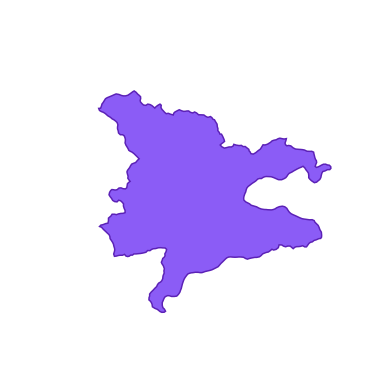 the district of Capelinha, Minas Gerais, Brazil, rotated 132°
{"feature_id": "56859067B52370069341142", "entity_name": "Capelinha", "entity_type": "district", "adm_level": 2, "iso_a3": "BRA", "parent_name": "Brazil", "parent_adm1": "Minas Gerais", "projection": "albers", "projection_center": [-42.499, -17.703], "detail": "fine", "context": "isolated", "style": "filled", "palette": "violet", "viewbox_px": 384, "rotation_deg": 132, "n_neighbors": 0, "source": "geoboundaries", "source_scale": "gbopen_adm2", "svg_char_len": 6069}
<svg xmlns="http://www.w3.org/2000/svg" viewBox="0 0 384 384"><g transform="rotate(132 192 192)"><path d="M279.5,237.6L278.7,235.6L279.0,233.5L279.1,231.7L279.1,229.9L279.2,227.5L279.2,225.1L280.0,223.3L281.5,221.6L282.0,219.4L282.4,217.8L283.2,215.7L284.6,213.7L285.6,212.0L286.7,210.7L288.2,209.8L290.5,208.7L291.7,206.6L290.2,205.3L288.4,204.2L287.1,203.1L285.6,201.4L283.5,200.4L283.8,198.2L283.0,196.6L281.7,195.7L280.0,195.4L278.7,194.0L276.9,193.7L275.5,192.2L273.5,190.4L272.1,189.1L270.0,187.5L267.6,185.9L265.2,185.8L263.7,184.0L261.7,183.6L260.2,182.9L258.3,181.1L256.1,179.8L254.4,178.1L253.0,176.2L251.6,174.5L251.6,172.5L253.6,171.4L256.1,170.8L257.4,169.4L259.1,169.0L260.9,169.3L263.1,168.3L264.7,167.8L265.4,166.3L266.0,164.0L267.5,161.2L269.4,160.1L270.9,158.4L273.3,157.6L274.6,156.8L275.9,155.8L278.0,155.1L279.9,155.1L281.9,155.8L283.7,155.7L286.0,155.0L288.5,155.2L291.0,155.2L293.8,155.4L296.2,155.2L297.6,153.9L299.3,153.2L301.0,151.8L301.0,149.8L301.4,148.2L302.2,146.5L303.8,144.6L303.3,141.7L302.4,139.3L302.3,137.5L302.2,135.6L301.6,133.9L299.9,132.2L298.3,131.9L297.5,134.2L297.4,136.3L296.1,138.3L294.1,140.1L292.0,140.8L290.1,141.5L288.4,141.9L286.8,141.5L285.2,140.7L284.2,139.3L283.3,137.3L281.5,135.3L279.6,133.7L277.8,133.6L276.2,133.7L274.5,134.0L272.4,134.9L270.9,135.4L268.7,136.6L266.6,137.7L264.5,138.6L262.5,139.4L260.3,139.9L257.2,140.2L255.6,140.2L254.1,139.5L252.6,138.5L251.3,137.3L249.4,135.8L247.5,133.6L246.5,132.0L245.2,130.6L242.1,128.9L238.1,126.1L236.4,125.1L234.2,124.2L230.0,122.6L225.6,122.7L223.3,122.5L219.3,122.3L217.7,122.1L215.9,121.3L214.5,120.0L213.3,118.4L211.7,116.4L210.1,114.8L208.8,113.6L207.3,111.8L206.0,110.0L205.6,107.8L204.8,105.9L203.2,105.0L201.6,103.9L198.7,101.7L197.2,100.1L195.0,98.5L192.9,98.1L190.8,98.1L189.0,97.3L187.1,96.3L185.5,95.1L183.3,94.6L181.1,94.3L180.5,92.5L178.4,91.1L175.6,90.6L173.0,91.9L171.3,89.9L171.0,87.8L170.1,85.8L168.0,84.6L166.5,82.8L166.4,78.9L164.1,78.6L162.6,77.7L161.2,76.2L159.8,75.0L157.9,73.8L157.3,71.4L156.1,70.2L152.0,70.7L150.1,70.3L148.5,69.2L146.4,68.9L144.4,67.7L141.8,66.5L140.4,65.3L138.9,65.5L137.3,66.8L135.3,69.0L134.4,71.8L133.3,73.8L132.4,75.9L132.2,80.4L131.5,82.1L132.2,84.2L133.9,85.9L134.8,87.2L136.0,89.0L137.1,90.6L138.2,92.4L139.1,94.9L140.3,98.9L141.2,101.6L141.8,103.7L141.9,106.0L141.4,108.4L140.7,110.6L140.9,113.2L142.1,115.4L144.5,117.3L147.0,118.5L149.0,119.0L150.7,119.9L152.3,121.1L153.4,122.5L154.4,123.7L155.3,125.0L156.7,126.7L158.2,129.0L159.2,131.5L159.8,134.1L160.9,136.4L162.2,139.1L162.3,141.4L163.4,145.5L163.3,148.0L162.0,149.5L160.4,150.5L157.9,151.6L156.1,152.1L153.9,153.3L152.3,153.9L150.3,154.0L148.4,153.6L146.6,153.3L145.0,153.0L143.3,152.5L141.2,152.0L138.4,151.8L136.8,150.9L135.5,149.4L133.8,149.0L132.0,148.2L130.7,147.1L127.7,143.4L126.7,141.1L125.0,136.0L122.9,133.6L120.5,132.5L118.6,131.9L116.6,132.0L115.0,132.3L113.2,132.3L110.0,131.0L108.4,130.6L106.7,130.0L104.4,129.2L102.2,128.3L100.4,127.4L98.6,126.7L98.6,124.4L99.3,121.9L99.6,119.9L100.0,118.2L101.5,116.4L103.3,114.8L103.6,113.3L103.7,110.8L103.2,107.3L101.3,106.0L99.6,105.8L97.2,105.4L95.1,105.9L92.9,107.2L91.1,108.1L89.3,108.5L87.2,107.2L84.8,106.3L83.2,104.6L81.5,104.6L80.3,105.9L80.2,107.9L81.3,109.5L81.9,111.3L83.4,112.9L85.0,113.6L86.7,114.2L88.6,114.9L90.4,115.9L90.6,117.5L88.8,118.4L86.7,119.1L85.5,120.5L85.1,122.1L84.2,123.8L83.0,125.5L82.1,126.9L81.0,128.3L81.6,130.2L82.9,131.6L84.8,133.9L85.5,136.4L86.5,138.1L87.6,139.6L88.7,141.0L90.8,143.8L91.5,146.3L91.6,149.4L92.7,151.3L94.2,152.4L94.3,154.1L93.4,155.6L91.0,156.6L89.2,157.6L91.0,159.0L92.1,160.8L93.2,162.7L94.6,163.6L96.9,164.4L98.6,165.7L100.4,166.7L102.6,166.9L106.0,167.9L108.2,169.2L109.4,170.8L111.6,170.4L114.3,169.9L117.0,170.5L120.0,170.9L122.8,171.8L124.1,173.9L123.4,175.4L123.2,177.1L122.3,178.3L122.6,182.9L124.1,184.5L124.3,186.5L126.0,188.1L127.6,190.6L128.6,192.8L130.1,192.2L132.1,192.8L133.7,194.6L135.7,195.9L137.7,197.3L138.4,200.0L138.2,202.5L136.2,202.3L134.3,201.9L132.6,201.7L131.6,203.2L130.7,205.1L129.9,207.0L129.3,208.8L130.3,210.1L129.5,211.6L129.1,213.9L127.5,215.2L126.6,216.8L124.8,218.8L124.0,221.6L123.3,223.6L123.9,225.2L123.4,227.0L123.6,228.8L125.9,230.1L126.6,232.4L126.8,234.7L128.5,236.8L130.2,238.8L130.2,241.5L130.8,243.6L132.7,244.3L133.8,246.3L134.0,248.7L135.2,250.0L136.5,251.0L137.7,252.2L138.6,254.1L139.4,256.5L141.4,257.3L143.9,258.2L145.5,258.3L147.3,257.5L148.5,259.9L149.4,262.3L151.1,263.6L151.1,265.9L150.9,267.4L150.7,269.7L149.9,271.7L148.1,272.9L148.1,274.6L150.5,275.4L152.6,275.8L154.5,275.8L154.6,279.7L155.1,281.7L156.3,283.7L158.4,284.2L159.8,286.2L159.8,288.2L159.6,290.4L158.7,291.8L157.0,292.6L155.6,294.0L155.5,296.0L155.6,297.9L155.3,300.2L155.6,302.6L157.1,303.1L158.6,303.4L160.6,303.8L163.0,304.4L165.0,305.7L166.4,307.2L167.4,308.9L168.4,311.6L169.9,314.0L171.7,314.9L173.8,315.8L175.9,316.8L178.8,318.2L180.6,318.7L183.4,318.2L185.1,317.9L186.8,317.8L188.8,316.8L190.9,316.0L192.3,317.3L193.3,315.3L192.9,313.2L192.1,311.2L191.7,308.9L191.7,305.6L191.1,302.6L191.1,300.3L190.6,298.4L190.4,296.2L190.5,294.1L191.7,292.0L193.6,290.8L194.9,289.6L195.9,287.8L197.3,286.1L197.4,283.6L195.9,281.9L195.6,280.2L196.2,278.7L197.3,276.9L198.8,275.6L200.3,274.6L201.4,272.4L202.1,270.0L202.6,268.4L203.3,266.9L203.1,265.3L202.5,263.3L202.3,260.7L202.5,256.1L202.7,253.5L204.8,253.7L207.8,253.6L209.9,254.7L211.6,255.5L213.6,255.2L215.6,254.7L219.1,254.4L220.6,253.8L221.8,252.1L223.0,250.1L224.7,248.9L225.2,247.0L225.5,245.1L227.5,245.5L229.1,245.5L230.9,244.3L232.6,243.3L234.3,243.6L235.7,245.5L236.4,247.5L237.9,248.9L240.4,249.2L242.0,250.4L242.8,251.8L243.8,253.2L245.3,253.4L247.4,253.0L249.6,251.8L250.2,249.8L250.6,247.6L251.3,245.3L250.9,243.1L249.5,241.1L247.2,241.0L246.3,239.3L246.3,237.2L246.6,235.0L248.3,233.6L249.6,231.4L250.4,229.5L252.1,227.9L253.9,228.9L255.6,230.6L257.5,232.0L259.4,233.0L260.4,234.8L262.0,236.5L264.0,236.2L267.3,236.6L269.2,234.9L271.4,233.6L273.2,235.0L274.6,235.7L276.1,236.5L277.6,237.6L279.5,237.6Z" fill="#8b5cf6" stroke="#5b21b6" stroke-width="1.5"/></g></svg>